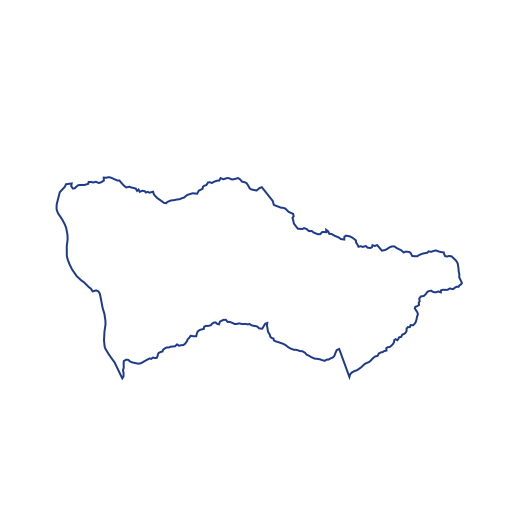 Darcinópolis, Tocantins, Brazil, rotated 153°
{"feature_id": "56859067B19460025923615", "entity_name": "Darcinópolis", "entity_type": "district", "adm_level": 2, "iso_a3": "BRA", "parent_name": "Brazil", "parent_adm1": "Tocantins", "projection": "natural_earth1", "projection_center": [-47.805, -6.773], "detail": "fine", "context": "isolated", "style": "outline", "palette": "blue", "viewbox_px": 512, "rotation_deg": 153, "n_neighbors": 0, "source": "geoboundaries", "source_scale": "gbopen_adm2", "svg_char_len": 5250}
<svg xmlns="http://www.w3.org/2000/svg" viewBox="0 0 512 512"><g transform="rotate(153 256 256)"><path d="M143.7,124.6L141.7,126.7L140.1,128.8L138.3,130.4L137.8,132.5L138.0,134.4L138.3,137.2L137.1,138.4L135.2,138.1L132.9,138.4L132.2,140.5L130.7,141.4L129.9,144.0L127.4,145.1L124.6,144.2L122.2,144.9L119.5,146.3L117.4,146.1L115.7,145.6L114.8,143.9L113.4,142.6L111.8,141.9L109.8,141.7L107.8,139.7L106.9,141.4L104.6,141.0L102.8,139.9L100.6,138.9L98.1,139.1L95.5,137.0L93.0,137.5L91.1,137.5L89.5,136.6L88.0,137.5L86.3,137.6L84.8,138.4L84.7,141.1L84.6,144.7L83.1,147.5L82.3,150.6L81.3,152.7L79.7,157.7L79.7,159.7L80.1,162.0L81.2,164.8L81.8,166.8L84.0,168.4L86.0,168.8L87.5,170.0L87.6,171.9L87.1,174.0L89.4,175.5L91.3,177.2L93.1,179.2L95.0,179.8L98.1,180.2L100.1,181.8L102.0,181.1L104.0,181.8L106.2,182.4L109.8,182.8L112.6,182.6L116.8,185.0L116.9,188.8L117.9,190.2L120.5,191.9L122.8,192.1L124.1,195.3L125.9,197.6L127.2,199.5L128.3,201.7L130.5,202.8L133.2,203.1L136.2,202.7L138.6,202.8L141.4,203.6L142.4,207.8L143.1,210.7L145.6,211.0L147.3,212.7L148.5,211.3L150.3,211.1L152.8,212.8L153.6,215.0L156.7,215.6L158.3,217.2L160.5,217.7L160.4,220.5L160.7,222.6L159.9,224.5L160.9,226.8L161.9,228.7L163.6,231.0L166.6,233.3L168.5,233.0L169.9,230.6L172.7,232.6L174.0,235.2L176.7,238.2L178.7,241.4L180.6,242.4L180.5,245.2L181.6,247.4L182.5,245.3L186.0,247.3L189.0,246.3L191.2,247.5L194.1,250.9L195.0,253.0L197.5,254.1L198.7,257.1L200.5,259.0L202.4,259.0L206.3,261.3L206.9,264.2L207.5,267.8L206.7,270.8L206.2,273.4L204.4,274.3L203.8,276.7L206.9,280.5L208.4,285.1L210.4,286.9L211.9,287.8L213.7,289.8L215.6,291.9L216.9,293.5L216.1,297.5L219.6,314.7L222.1,314.9L225.8,314.1L229.9,317.4L230.9,319.0L231.0,322.3L231.3,325.0L232.2,326.5L234.7,328.6L235.4,331.5L236.6,333.6L239.4,334.1L242.6,335.0L244.7,337.5L246.1,338.5L250.3,339.2L252.2,341.5L254.5,339.9L256.5,340.8L259.6,341.2L262.2,341.1L263.8,342.8L265.4,343.3L268.0,341.7L270.1,342.1L271.8,341.8L273.1,340.1L277.3,340.2L280.2,338.2L282.4,339.7L284.1,340.7L287.1,341.2L288.9,341.5L290.5,341.5L293.6,340.7L295.9,341.2L298.0,341.2L300.7,342.2L304.1,343.1L306.6,344.1L310.4,344.4L312.1,343.8L313.9,345.1L315.1,347.6L317.7,352.5L318.7,355.8L319.0,357.6L318.5,360.0L322.2,360.8L323.5,362.4L325.3,362.6L325.8,364.4L327.6,365.7L330.5,366.0L330.5,368.5L332.4,368.0L332.5,370.6L334.4,372.4L336.1,373.7L337.3,375.2L340.5,376.0L341.7,378.6L342.9,382.9L343.4,385.3L345.2,386.1L348.4,390.1L350.1,392.1L351.5,393.1L354.1,393.8L356.1,395.0L357.3,392.3L360.2,392.0L362.8,392.3L365.1,394.9L367.7,395.4L369.4,396.9L371.5,397.9L372.7,396.5L375.2,396.9L377.0,397.3L378.6,398.2L380.9,399.3L382.5,399.8L384.9,399.2L386.7,398.6L388.6,399.3L388.9,402.2L387.3,404.3L392.7,406.2L394.8,404.5L401.9,401.9L409.0,393.8L410.2,392.4L412.1,389.0L412.7,387.1L413.0,383.9L412.1,376.7L412.0,371.0L412.4,367.1L414.3,360.7L416.2,356.5L420.2,350.6L424.5,342.0L425.4,338.2L425.9,333.4L426.0,327.7L424.9,319.4L422.6,313.2L421.2,310.7L419.1,304.2L418.0,302.0L417.6,298.6L414.0,297.9L412.4,295.9L412.3,293.2L412.8,291.2L416.3,279.1L417.3,273.4L419.5,266.8L421.2,263.3L425.3,257.5L429.7,249.9L432.0,244.0L432.3,241.7L431.9,236.3L431.3,231.3L430.3,225.5L430.7,207.7L428.9,208.7L427.8,210.5L427.0,212.3L426.4,214.5L424.5,216.7L423.0,219.8L421.5,222.4L418.9,222.6L416.9,221.4L416.2,219.4L414.6,217.4L412.9,216.0L411.4,214.8L409.6,213.4L407.6,212.8L405.6,212.7L403.4,212.9L400.9,213.0L399.0,213.0L397.3,213.0L396.0,211.9L393.9,212.3L392.3,210.9L390.8,210.3L389.2,211.4L388.2,212.8L386.8,213.8L384.9,213.8L382.8,213.4L381.0,214.8L378.7,215.1L376.9,215.0L375.3,214.1L373.1,213.9L371.2,213.1L369.0,212.3L366.5,213.1L365.3,211.0L363.2,210.5L361.1,209.6L358.8,210.1L356.3,211.4L354.6,212.8L352.6,213.4L350.5,214.6L348.0,212.8L345.7,211.6L344.0,213.7L342.2,215.2L340.0,215.6L338.2,215.4L335.7,214.7L334.3,216.5L332.4,216.5L330.4,215.4L327.6,214.8L325.6,215.7L323.8,215.8L322.2,215.2L321.4,213.2L320.0,211.9L318.0,213.9L315.7,213.9L314.0,213.9L311.8,212.8L311.2,210.1L309.4,209.3L307.4,207.1L306.0,205.2L304.1,204.2L301.5,203.6L299.5,201.8L297.7,200.9L295.9,200.1L294.3,198.7L292.7,198.5L291.5,196.4L290.0,195.0L288.0,193.6L286.8,192.4L286.0,190.0L283.5,188.4L281.5,189.6L279.9,190.7L278.4,191.5L276.4,191.2L277.8,189.2L278.4,187.0L279.3,184.4L279.7,182.3L279.4,179.9L279.9,177.4L279.2,175.8L277.9,174.5L278.4,172.7L277.3,171.1L275.2,169.1L273.6,167.4L271.8,165.6L270.1,163.2L269.1,160.9L267.6,158.4L266.1,156.6L264.6,155.1L262.9,154.2L261.6,153.1L260.1,151.4L257.8,150.0L256.2,147.4L255.7,145.1L254.2,143.3L252.8,141.0L251.7,139.6L250.4,138.0L248.0,136.5L245.8,134.8L244.3,133.1L242.3,131.4L240.1,131.6L238.5,130.8L236.2,130.9L233.5,130.7L231.4,131.5L229.3,133.5L226.8,135.5L224.1,135.4L227.7,105.8L226.0,107.7L223.5,108.7L220.4,108.8L217.9,108.4L215.4,108.7L212.7,109.1L210.2,109.9L207.5,110.5L205.5,110.4L203.5,110.2L201.5,110.6L199.8,111.3L197.8,111.9L195.6,112.4L193.0,111.8L190.8,113.4L188.4,113.4L186.8,112.9L184.8,113.1L182.7,112.5L181.8,114.7L180.0,114.9L178.2,114.2L176.4,114.6L174.5,115.1L172.3,116.4L171.0,118.3L169.4,118.5L168.3,116.8L166.8,117.5L165.5,118.6L163.4,118.0L161.3,119.6L159.4,119.3L157.6,119.7L155.9,120.8L154.9,122.8L153.1,123.7L151.2,122.8L149.6,124.3L147.6,123.0L145.7,123.5L143.7,124.6Z" fill="none" stroke="#1e3a8a" stroke-width="2"/></g></svg>